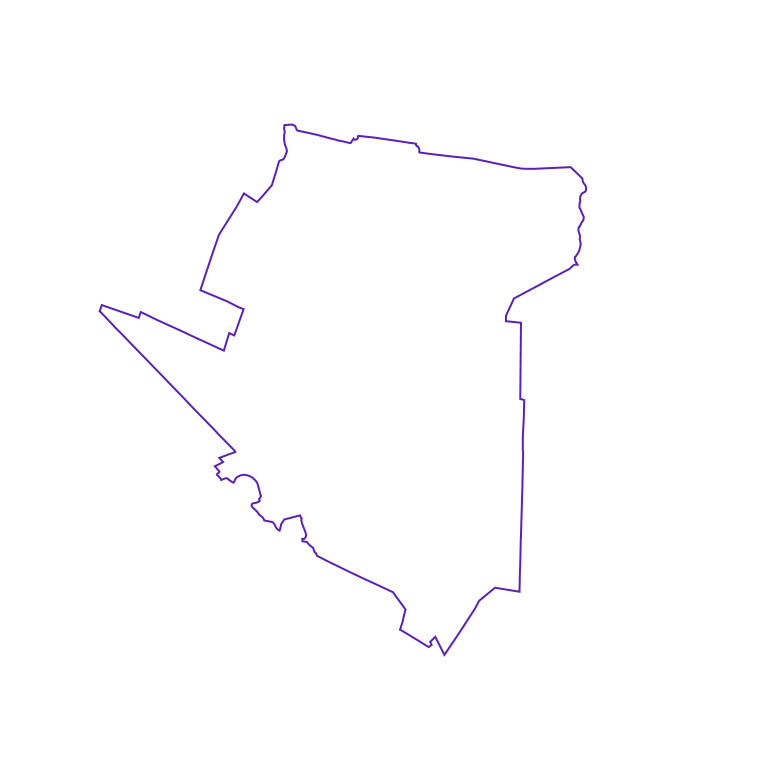 the district of Finta, Dâmbovita, Romania, rotated 73°
{"feature_id": "2599482B9190756992949", "entity_name": "Finta", "entity_type": "district", "adm_level": 2, "iso_a3": "ROU", "parent_name": "Romania", "parent_adm1": "Dâmbovita", "projection": "robinson", "projection_center": [25.777, 44.797], "detail": "fine", "context": "isolated", "style": "outline", "palette": "violet", "viewbox_px": 768, "rotation_deg": 73, "n_neighbors": 0, "source": "geoboundaries", "source_scale": "gbopen_adm2", "svg_char_len": 5145}
<svg xmlns="http://www.w3.org/2000/svg" viewBox="0 0 768 768"><g transform="rotate(73 384 384)"><path d="M479.5,538.4L481.2,535.2L482.4,532.9L483.8,530.7L486.0,529.8L489.9,529.2L492.3,528.1L493.7,526.7L492.3,525.7L491.1,525.2L490.1,524.4L488.1,523.4L484.4,519.0L485.1,502.7L487.7,502.4L488.4,502.0L490.2,502.9L493.3,503.2L501.9,502.5L505.6,502.5L507.7,503.8L508.8,505.7L508.3,507.5L508.8,507.5L510.6,508.0L512.5,504.0L516.6,502.2L519.8,499.7L522.8,499.6L524.7,499.4L525.5,498.7L528.8,498.2L536.0,490.8L539.5,487.1L540.1,486.4L544.1,482.1L552.2,473.5L563.5,461.1L568.3,455.7L585.8,436.2L590.2,434.8L606.0,429.3L611.0,432.5L615.6,435.0L616.7,435.7L623.7,440.5L623.9,440.2L627.9,436.5L629.9,434.7L648.7,418.1L647.5,415.2L647.4,414.7L645.1,415.0L644.3,415.1L644.1,415.2L641.4,410.1L640.8,408.9L660.7,405.4L642.5,383.0L624.9,362.1L619.1,356.4L611.3,337.4L622.3,315.1L619.8,314.4L614.3,312.5L613.8,312.4L612.9,312.0L611.4,311.6L602.4,308.6L599.0,307.4L598.4,307.2L597.1,306.7L592.1,305.1L591.6,304.9L581.0,301.4L572.2,298.5L568.4,297.1L566.6,296.6L566.2,296.4L563.2,295.4L562.5,295.1L554.3,292.4L553.8,292.2L534.0,285.5L528.8,283.8L528.4,283.6L528.0,283.4L527.9,283.5L526.8,283.0L525.3,282.6L522.9,281.7L520.5,281.0L506.7,276.4L504.8,275.8L498.7,273.8L498.2,273.7L497.8,273.5L496.6,273.0L496.3,273.0L495.0,272.5L494.3,272.3L494.0,272.2L492.4,271.7L491.4,271.3L490.9,271.2L486.8,270.3L475.1,266.7L469.6,264.7L464.2,262.7L461.9,261.8L460.6,261.4L454.8,259.4L444.0,255.8L442.8,255.5L442.1,255.2L440.5,254.6L440.1,254.9L438.1,258.1L431.3,255.9L408.5,248.7L365.5,235.1L359.6,249.0L354.4,247.4L345.7,239.6L340.2,234.7L339.4,230.7L331.3,189.5L328.1,172.7L326.5,169.7L325.5,167.2L325.9,165.6L326.5,164.1L323.8,164.6L322.9,165.0L320.2,165.0L318.3,164.2L317.7,162.8L316.1,161.0L313.6,158.3L309.0,155.6L308.6,155.5L307.4,154.9L305.7,154.7L302.3,154.4L300.2,153.4L298.0,153.2L294.9,153.3L292.7,152.8L290.9,151.7L290.5,150.6L289.6,150.0L288.9,149.2L286.8,147.3L286.0,145.7L282.8,144.1L279.9,144.5L273.8,145.2L272.5,145.6L268.1,144.0L266.5,142.8L263.3,142.2L261.2,140.7L259.6,138.8L258.9,135.4L257.7,134.2L255.2,133.3L253.1,133.4L250.4,134.3L248.6,134.7L245.5,134.2L231.2,142.1L222.3,176.8L220.1,184.1L218.5,188.8L217.9,190.2L214.9,196.0L208.5,207.6L199.9,223.1L194.6,232.7L191.2,240.9L185.7,253.9L182.5,261.2L179.8,267.3L177.7,272.1L172.9,282.5L171.4,282.1L170.2,281.7L169.4,281.7L169.0,281.7L168.5,281.7L167.2,282.0L166.4,282.4L166.1,283.2L165.3,283.4L164.5,283.4L163.7,283.1L162.2,285.9L161.2,288.3L157.7,295.5L154.0,303.2L152.4,306.7L149.0,313.9L145.8,320.6L145.1,322.2L139.2,336.1L139.5,336.4L139.9,336.7L140.3,336.9L140.9,337.1L141.3,337.2L141.5,337.5L141.7,337.8L141.8,338.2L142.0,338.7L142.0,339.3L141.9,339.9L141.8,340.3L141.8,340.9L141.5,341.2L140.5,341.4L140.8,341.8L141.5,342.7L142.1,343.4L142.6,344.0L142.9,344.3L143.7,345.3L143.8,345.5L143.7,346.0L140.7,351.1L140.2,352.0L138.2,355.7L138.1,356.1L136.1,359.0L133.0,364.3L132.5,364.8L132.4,365.3L131.7,366.3L130.0,369.0L129.7,369.5L129.5,369.9L128.8,371.0L127.2,373.5L125.8,375.8L123.8,379.3L121.2,383.9L116.8,391.9L116.3,392.7L115.6,393.0L115.0,393.2L114.3,393.2L113.4,393.3L111.2,393.5L109.0,396.0L107.3,403.5L109.5,404.4L110.9,405.0L113.8,405.2L115.5,406.0L116.7,406.7L119.3,407.5L120.5,408.0L125.2,408.7L127.6,408.7L129.7,408.5L132.4,408.6L134.4,409.7L136.4,411.4L137.9,412.5L139.3,413.9L139.9,415.6L139.8,416.5L139.9,418.3L140.6,419.4L146.7,423.4L146.8,423.5L149.6,425.3L161.1,433.1L169.1,445.7L172.9,452.2L166.9,457.2L160.8,462.2L171.4,473.1L193.0,498.2L210.1,510.6L240.6,532.2L259.4,509.5L267.9,500.8L271.4,496.4L275.9,499.7L293.4,512.7L293.8,513.1L290.0,517.1L305.3,527.4L291.4,543.0L288.7,546.1L279.9,555.9L277.9,558.1L277.4,558.6L275.6,560.6L262.3,575.6L257.2,581.4L252.9,586.1L248.9,590.3L244.1,595.6L249.1,599.2L226.0,630.8L231.5,634.7L232.0,634.3L232.7,633.8L237.6,631.3L249.1,625.6L250.7,624.9L255.9,622.2L257.0,621.5L261.8,619.0L270.6,614.6L271.2,614.3L295.7,601.7L305.3,596.8L318.2,590.2L318.4,590.2L318.8,590.0L319.6,589.6L320.1,589.3L323.2,587.7L333.6,582.4L340.3,578.9L341.9,578.2L352.3,573.0L368.7,564.5L371.1,563.3L374.6,561.4L378.3,559.6L381.4,558.0L382.4,557.6L383.6,557.1L384.0,556.8L386.8,555.4L393.0,552.1L398.6,549.2L400.6,548.2L402.9,547.0L403.8,546.5L404.3,546.3L404.7,546.3L405.1,546.2L405.6,546.1L405.8,551.5L406.1,555.6L406.2,558.0L406.3,559.4L406.4,560.3L406.5,563.1L411.6,560.7L412.4,564.7L412.5,565.5L413.2,569.8L419.6,567.0L419.9,567.0L420.1,567.1L421.3,569.9L421.7,570.3L422.1,570.2L423.4,569.4L425.6,568.4L426.5,568.0L427.5,567.8L428.2,567.8L428.1,567.1L427.8,562.9L428.0,562.3L428.4,561.5L431.6,559.4L433.5,557.7L434.2,557.1L434.3,556.7L434.3,556.3L433.1,555.3L431.8,554.3L430.6,553.0L430.4,552.5L430.0,551.1L429.9,550.9L429.4,547.7L429.7,544.9L431.3,541.4L433.3,538.9L435.0,537.2L438.6,535.2L441.4,534.1L445.9,534.2L451.5,534.4L453.9,534.6L454.7,534.3L455.2,534.4L456.1,535.2L457.5,537.0L458.4,537.2L459.3,536.9L459.8,537.3L460.2,540.1L460.0,543.1L459.9,544.9L460.6,545.8L462.3,546.2L464.3,545.4L466.5,544.0L469.9,542.3L472.3,541.7L473.8,540.7L475.8,539.3L477.4,538.6L478.0,538.5L479.0,538.5L479.5,538.4Z" fill="none" stroke="#5b21b6" stroke-width="2"/></g></svg>